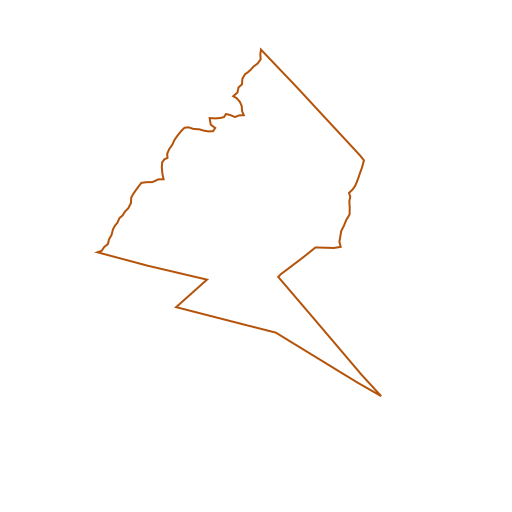 Italva, Rio de Janeiro, Brazil, rotated 333°
{"feature_id": "56859067B48628253116757", "entity_name": "Italva", "entity_type": "district", "adm_level": 2, "iso_a3": "BRA", "parent_name": "Brazil", "parent_adm1": "Rio de Janeiro", "projection": "orthographic", "projection_center": [-41.653, -21.457], "detail": "fine", "context": "isolated", "style": "outline", "palette": "amber", "viewbox_px": 512, "rotation_deg": 333, "n_neighbors": 0, "source": "geoboundaries", "source_scale": "gbopen_adm2", "svg_char_len": 1475}
<svg xmlns="http://www.w3.org/2000/svg" viewBox="0 0 512 512"><g transform="rotate(333 256 256)"><path d="M161.6,265.3L212.4,310.1L238.9,333.3L249.1,350.0L288.9,414.8L303.9,437.7L296.0,409.3L295.0,405.0L284.0,358.5L277.3,330.4L266.3,284.7L269.8,283.5L297.3,278.6L312.9,275.4L324.1,281.5L329.0,284.2L335.6,286.3L336.8,281.1L339.3,277.8L343.2,272.5L347.9,269.1L352.6,265.0L358.2,261.5L361.4,255.6L364.0,249.6L366.9,246.0L367.5,242.0L372.3,240.6L375.9,238.7L379.7,235.6L383.8,231.8L386.4,229.2L389.9,226.0L392.4,223.3L395.6,219.8L394.4,213.8L375.9,148.6L369.6,126.2L354.1,74.3L351.3,78.5L349.5,82.8L344.9,85.2L339.8,86.1L336.1,87.5L332.7,88.5L328.6,89.1L324.3,91.9L321.5,96.6L316.9,97.9L313.7,101.9L308.3,103.3L310.4,106.6L311.6,111.2L311.4,115.8L309.3,120.8L309.1,125.0L304.9,123.1L300.3,122.6L297.2,118.9L293.8,115.9L290.5,117.7L286.5,116.7L282.4,115.0L277.3,112.1L275.3,118.4L277.8,123.4L274.4,125.3L270.2,123.4L266.4,120.6L262.9,117.3L258.1,114.5L254.3,110.7L250.6,109.3L247.0,110.3L241.1,112.9L236.3,115.4L232.0,118.8L227.1,121.4L223.2,124.7L221.7,128.4L218.1,128.3L214.9,130.0L212.3,134.3L210.0,140.0L208.5,145.7L203.9,143.4L197.2,143.1L191.7,140.4L187.0,138.8L182.6,140.9L179.2,142.6L174.2,145.3L171.3,147.4L168.6,152.1L163.8,155.5L159.5,156.9L155.6,159.3L151.6,160.2L147.4,163.6L144.1,164.9L140.7,167.3L136.8,171.7L132.4,174.6L129.6,178.1L124.8,179.1L120.9,181.3L116.4,180.7L155.3,215.7L201.6,254.8L161.6,265.3Z" fill="none" stroke="#b45309" stroke-width="2"/></g></svg>